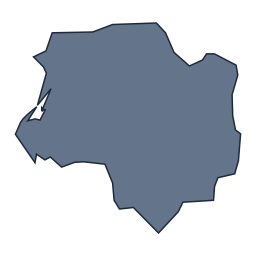 Lushnjë, Fier, Albania
{"feature_id": "67620474B73435711419495", "entity_name": "Lushnjë", "entity_type": "district", "adm_level": 2, "iso_a3": "ALB", "parent_name": "Albania", "parent_adm1": "Fier", "projection": "mercator", "projection_center": [19.57, 40.906], "detail": "fine", "context": "isolated", "style": "filled", "palette": "slate", "viewbox_px": 256, "rotation_deg": 0, "n_neighbors": 0, "source": "geoboundaries", "source_scale": "gbopen_adm2", "svg_char_len": 867}
<svg xmlns="http://www.w3.org/2000/svg" viewBox="0 0 256 256"><path d="M33.5,56.9L43.4,66.8L46.4,73.2L37.4,105.3L51.0,88.7L42.8,108.5L41.7,107.5L41.7,110.4L42.0,110.9L42.5,110.9L42.7,110.4L42.9,110.4L43.3,110.0L43.7,110.1L44.1,110.0L44.2,109.7L44.5,109.9L45.1,109.8L45.6,109.3L40.0,120.1L35.0,118.9L27.7,120.8L36.8,106.7L27.7,114.3L23.1,118.8L20.6,122.3L15.4,134.3L35.0,162.7L36.5,154.1L44.9,159.9L50.3,157.0L61.6,167.1L74.7,162.3L83.8,161.8L105.0,164.2L112.6,183.0L114.1,200.3L119.5,209.0L133.4,207.5L158.5,233.0L178.2,211.8L182.9,202.2L213.5,200.3L214.6,186.3L217.9,177.7L234.7,173.8L236.1,168.8L238.4,160.9L240.6,133.8L235.5,130.0L232.7,115.7L232.1,94.6L237.8,75.0L236.1,65.2L214.5,53.9L206.5,53.9L202.5,60.0L189.4,66.0L174.0,52.4L165.5,32.8L156.4,23.0L112.6,24.5L92.7,32.0L52.2,32.8L46.0,50.9L33.5,56.9Z" fill="#64748b" stroke="#1e293b" stroke-width="1.5"/></svg>